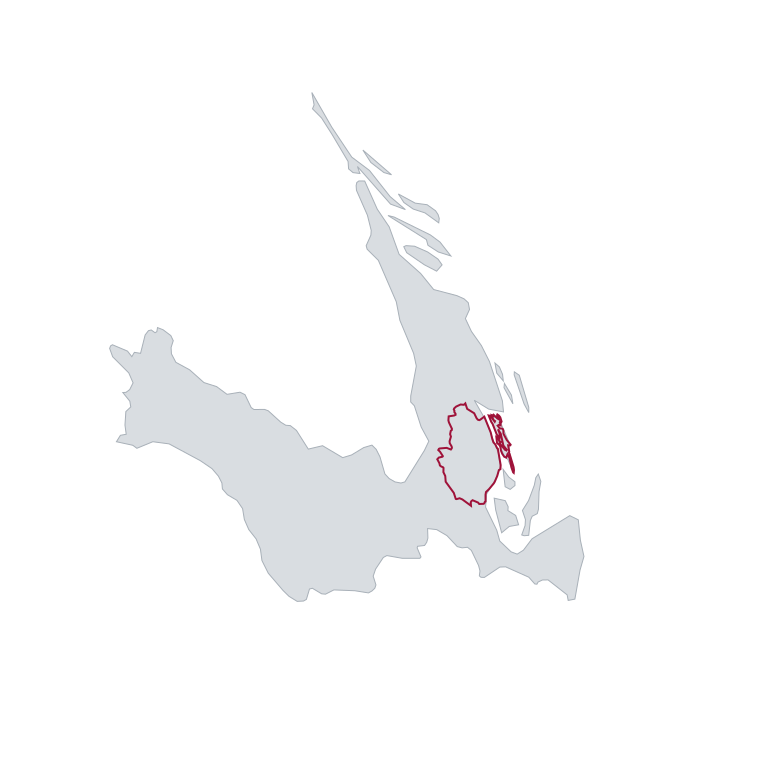 where Licko-Senjska sits in Croatia, rotated 205°
{"feature_id": "HRV-1584", "entity_name": "Licko-Senjska", "entity_type": "County", "adm_level": 1, "iso_a3": "HRV", "parent_name": "Croatia", "parent_adm1": "", "projection": "natural_earth1", "projection_center": [15.249, 44.713], "detail": "medium", "context": "in_parent", "style": "outline", "palette": "rose", "viewbox_px": 768, "rotation_deg": 205, "n_neighbors": 0, "source": "natural_earth", "source_scale": "10m", "svg_char_len": 5629}
<svg xmlns="http://www.w3.org/2000/svg" viewBox="0 0 768 768"><g transform="rotate(205 384 384)"><path d="M125.6,265.7L128.9,270.3L152.5,275.8L157.6,273.3L160.7,269.6L160.8,267.2L162.8,266.5L171.1,270.1L196.5,269.7L201.7,267.0L211.3,251.1L214.4,249.8L216.5,250.4L218.0,255.1L221.6,259.5L234.5,270.1L239.3,271.3L244.0,268.5L248.9,267.6L262.9,273.2L274.7,274.3L283.4,271.4L279.1,262.9L278.4,258.6L279.0,254.8L285.0,251.1L284.7,249.5L277.4,242.9L277.8,241.2L293.6,233.8L308.9,229.7L311.3,226.5L313.4,212.7L312.6,205.3L306.4,198.5L306.0,195.0L307.4,191.4L309.8,188.1L323.1,184.3L342.4,176.2L348.2,168.8L351.8,167.5L362.6,168.6L364.9,166.7L363.3,156.0L365.2,153.3L370.8,150.3L380.3,151.4L388.2,154.2L408.9,163.6L420.0,172.4L426.2,182.1L434.5,189.6L445.0,194.9L453.3,202.2L459.5,211.3L468.1,216.4L479.1,217.5L486.1,220.6L489.1,225.8L495.1,230.5L504.1,234.6L518.2,236.9L553.5,238.9L569.1,234.0L580.8,221.3L585.8,222.3L602.1,218.6L601.2,226.1L596.4,229.5L601.4,237.3L606.3,249.9L603.8,256.2L607.1,261.0L617.1,265.9L614.3,267.4L612.1,271.5L611.9,279.0L620.0,286.2L641.4,294.0L647.7,300.3L647.9,303.0L646.7,304.8L630.4,305.4L624.1,302.2L623.6,307.2L617.6,308.9L621.2,327.5L620.0,332.8L617.8,334.6L613.2,333.7L612.0,335.4L613.1,339.4L607.2,339.8L597.7,337.8L593.3,334.2L592.4,327.1L589.4,321.5L581.8,315.7L566.1,314.7L547.8,309.2L534.6,310.9L521.9,308.3L511.0,315.7L505.5,315.6L494.4,306.5L491.1,305.9L481.5,310.5L477.6,310.8L461.5,305.8L455.6,305.1L451.3,306.7L443.7,304.9L425.1,293.0L413.6,302.1L390.3,299.8L383.4,306.0L375.5,317.8L369.1,323.5L363.5,321.5L356.9,316.3L345.2,302.9L339.4,300.5L332.7,299.9L326.8,301.4L323.7,304.1L319.3,340.8L319.2,351.1L332.1,360.7L347.3,377.1L352.2,379.0L354.7,384.4L362.3,413.9L370.1,424.3L396.5,448.4L407.6,463.7L441.4,493.7L456.2,499.0L458.6,501.8L458.8,513.4L460.5,517.8L470.4,530.0L490.8,547.9L493.1,552.0L493.8,555.1L492.6,557.4L487.3,559.8L464.0,539.6L445.7,528.6L425.1,507.9L397.6,499.7L378.9,490.6L355.1,494.9L347.4,495.0L342.0,493.3L338.0,487.7L337.9,477.7L327.0,468.6L312.0,460.0L297.9,448.9L269.6,418.8L263.9,409.2L278.5,405.5L295.3,407.4L277.2,394.7L251.2,369.7L243.5,357.9L242.6,345.2L244.5,327.7L239.9,315.3L220.0,299.1L212.7,290.6L197.9,285.6L191.4,286.1L187.4,292.3L184.4,306.3L160.0,343.2L150.5,343.0L140.0,325.4L129.9,312.2L127.7,298.2L120.1,269.7L125.6,265.7ZM565.1,603.2L565.3,607.4L572.6,617.7L539.9,594.7L509.1,576.0L487.4,571.4L457.6,556.4L438.3,551.1L454.1,549.8L500.0,569.9L494.8,564.6L501.4,562.5L507.0,564.0L510.6,570.5L536.5,588.2L553.0,598.7L565.1,603.2ZM206.8,363.2L206.1,367.6L200.7,362.0L198.0,352.0L191.1,335.8L190.3,331.3L193.8,326.8L193.7,322.2L188.9,308.0L192.9,305.7L195.4,305.4L196.3,315.3L198.5,320.9L205.1,327.9L203.7,339.4L205.0,355.8L206.8,363.2ZM235.9,327.1L224.8,329.5L219.6,325.2L218.2,321.6L209.1,320.5L202.5,313.3L210.3,307.8L214.5,298.9L229.5,317.0L235.9,327.1ZM414.5,521.8L400.2,522.1L387.8,520.0L381.7,516.5L384.0,508.5L397.8,509.1L418.9,512.6L424.1,516.8L422.5,518.7L414.5,521.8ZM451.6,538.4L445.3,539.6L405.0,538.7L393.2,536.3L377.5,528.3L390.6,526.6L402.8,528.3L406.6,532.8L451.6,538.4ZM269.8,400.2L267.5,403.2L245.0,383.0L242.5,376.3L231.3,362.7L229.7,358.9L239.9,368.0L243.7,368.8L253.5,377.5L263.1,388.8L274.5,398.5L269.8,400.2ZM402.5,553.2L419.2,556.4L431.5,554.9L442.7,556.9L451.3,562.3L432.2,561.1L420.7,564.7L410.5,562.8L406.6,560.4L403.9,557.4L402.5,553.2ZM269.9,447.3L271.0,450.1L265.1,449.1L243.0,424.1L240.7,419.3L248.6,425.1L269.9,447.3ZM230.8,342.1L240.0,357.0L231.6,352.4L224.0,350.7L222.4,347.3L225.1,341.8L230.8,342.1ZM489.5,579.2L502.0,587.1L465.6,576.8L473.5,575.6L489.5,579.2ZM286.4,441.5L292.3,449.9L286.6,448.2L280.7,442.9L277.2,437.2L286.4,441.5ZM273.7,431.4L275.1,435.4L263.8,427.8L258.8,420.5L273.7,431.4Z" fill="#d9dde1" stroke="#a8b0b8" stroke-width="1"/><path d="M279.3,396.8L266.8,385.2L262.6,379.9L260.1,377.3L257.6,376.3L254.3,373.6L253.5,373.5L244.0,359.8L242.5,356.0L243.5,354.5L242.5,348.5L242.3,342.2L242.5,340.3L244.4,333.1L245.9,329.2L245.2,326.6L242.3,320.4L242.8,319.7L242.7,318.2L243.1,317.5L247.0,315.5L248.6,316.3L254.6,316.1L255.3,314.8L255.4,313.4L253.7,310.4L264.2,312.5L267.2,312.4L269.5,310.4L270.4,310.2L274.7,314.8L286.8,321.5L289.6,326.5L292.9,329.2L294.6,333.1L295.4,333.5L297.2,333.4L298.9,333.8L300.3,335.6L303.9,338.3L303.2,340.5L300.3,342.8L300.2,343.5L304.6,346.3L306.9,347.1L306.8,348.5L306.3,349.1L300.2,352.6L295.7,352.9L295.4,354.3L295.7,355.3L296.6,356.2L299.4,358.1L300.4,359.9L301.1,364.6L302.9,366.5L303.7,369.8L303.1,370.9L303.5,372.1L309.0,376.7L310.3,378.3L311.7,382.0L307.1,385.1L306.1,386.3L306.7,387.4L308.3,388.2L309.0,389.7L310.0,390.4L310.1,391.5L309.1,394.0L305.9,397.8L302.8,398.9L302.1,400.8L298.1,396.6L289.9,395.6L285.6,392.1L283.9,391.3L282.4,391.5L281.7,392.3L279.3,396.8ZM241.8,374.6L240.8,373.9L231.4,363.4L229.8,360.9L228.9,358.3L229.6,358.5L233.1,362.1L239.0,370.0L242.4,372.4L242.1,369.0L244.3,368.9L247.3,370.7L249.9,373.1L251.9,376.1L253.2,377.3L256.6,378.3L259.7,383.3L257.9,383.0L255.4,381.1L253.5,380.9L254.2,379.3L250.4,377.3L246.5,375.5L244.9,375.5L244.9,376.3L249.8,378.7L257.2,388.3L261.6,391.1L258.7,388.5L257.5,386.5L256.6,384.1L260.4,385.8L268.8,393.8L270.8,395.0L275.8,399.7L274.1,400.1L267.7,396.6L267.7,397.3L269.3,397.6L272.3,399.9L273.3,401.2L271.5,401.2L271.9,402.3L272.7,402.8L266.8,400.7L264.7,400.5L264.7,401.2L268.4,403.6L268.4,404.3L266.3,403.9L264.5,402.9L261.6,399.7L261.6,399.0L262.8,399.0L262.8,398.1L261.6,397.2L260.9,395.8L262.5,395.7L263.4,394.3L260.3,392.7L258.1,393.5L257.3,393.4L256.3,392.5L254.7,389.4L249.2,385.2L243.6,382.5L243.6,381.8L245.6,380.9L241.9,375.6L241.8,374.6Z" fill="none" stroke="#9f1239" stroke-width="2"/></g></svg>